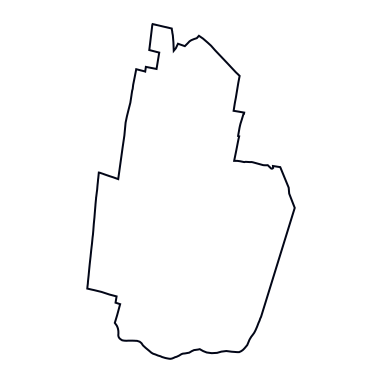 Atizapán, México, Mexico, rotated 271°
{"feature_id": "50627088B90969886119544", "entity_name": "Atizapán", "entity_type": "district", "adm_level": 2, "iso_a3": "MEX", "parent_name": "Mexico", "parent_adm1": "México", "projection": "albers", "projection_center": [-99.501, 19.175], "detail": "fine", "context": "isolated", "style": "outline", "palette": "ink", "viewbox_px": 384, "rotation_deg": 271, "n_neighbors": 0, "source": "geoboundaries", "source_scale": "gbopen_adm2", "svg_char_len": 2518}
<svg xmlns="http://www.w3.org/2000/svg" viewBox="0 0 384 384"><g transform="rotate(271 192 192)"><path d="M322.8,223.7L334.2,212.5L338.6,208.5L341.6,205.1L345.6,200.3L348.3,196.2L345.9,194.1L345.0,191.5L343.8,188.7L342.6,186.9L340.4,184.9L337.7,182.3L340.0,175.4L335.4,173.3L332.9,171.3L341.4,170.8L348.3,170.1L351.2,169.5L351.7,169.5L353.6,169.1L355.1,168.9L359.2,149.7L358.4,149.4L336.9,147.2L333.2,146.8L330.8,156.8L314.4,154.4L316.3,143.7L311.6,143.1L311.8,142.5L313.8,134.1L305.8,132.7L298.1,131.3L294.1,130.9L292.2,130.4L288.5,129.9L287.6,129.8L280.2,128.8L272.6,127.0L266.5,125.6L260.2,124.4L247.3,123.4L234.9,121.8L226.6,120.8L217.6,119.7L203.6,118.0L205.3,113.0L206.5,109.0L209.7,99.3L209.8,98.5L203.8,98.0L203.3,97.9L200.3,97.7L196.9,97.4L192.4,97.1L190.8,96.9L185.2,96.3L184.7,96.2L184.0,96.2L177.7,95.7L177.3,95.7L171.3,95.3L164.8,94.9L158.7,94.4L151.8,94.0L147.5,93.7L144.9,93.4L138.6,92.9L132.6,92.3L125.6,91.7L119.2,91.1L113.3,90.6L106.7,90.1L102.3,89.7L99.9,89.5L99.2,89.5L97.0,89.3L96.4,89.2L93.6,89.0L92.5,94.2L92.3,95.3L90.5,103.3L88.0,111.4L86.3,118.4L80.0,117.5L78.6,122.1L67.5,119.3L60.1,117.2L59.8,117.1L58.3,118.2L57.1,119.1L55.4,119.9L53.9,120.4L51.7,120.8L49.0,120.9L47.8,120.8L46.8,120.9L45.8,121.2L45.1,121.6L44.3,122.2L43.5,123.2L42.5,124.8L42.2,126.8L42.1,129.1L42.2,130.3L42.3,134.5L42.3,136.2L42.2,139.7L41.4,142.3L40.0,144.1L37.7,145.7L35.3,148.4L32.6,151.8L30.6,154.2L29.6,156.0L28.9,158.3L27.9,160.8L27.2,163.4L26.5,164.9L26.1,166.4L25.6,168.1L25.3,169.7L25.0,171.4L24.8,173.1L25.1,174.8L25.8,176.5L26.6,178.1L26.9,179.3L28.1,181.8L29.7,184.3L30.2,185.6L30.5,188.0L31.3,192.0L32.9,194.6L34.0,196.9L34.1,197.8L34.6,200.9L35.0,202.5L33.2,205.8L31.8,209.5L31.2,214.5L31.6,219.9L32.9,224.1L33.6,229.1L33.0,234.5L32.7,239.7L32.7,241.9L33.8,244.1L35.1,245.8L36.7,247.3L39.9,249.9L45.4,252.1L48.2,253.7L50.5,255.4L52.4,256.7L54.8,257.9L58.4,259.4L62.3,260.8L64.6,261.8L66.6,262.4L68.3,263.2L123.1,279.1L177.9,295.0L192.1,289.2L198.0,288.6L218.4,279.8L219.4,272.5L218.1,272.6L217.5,272.7L216.9,272.1L216.7,271.5L216.9,270.7L220.1,267.3L220.0,264.4L220.1,262.7L222.7,252.6L223.0,251.1L222.9,249.5L223.1,245.1L222.8,243.7L223.6,239.5L223.9,236.8L223.9,233.6L230.8,234.9L234.6,235.6L244.8,237.4L248.5,238.2L248.8,237.1L257.0,238.4L258.5,238.7L259.9,239.0L261.2,239.3L265.2,240.5L269.1,241.6L271.1,242.2L271.1,242.6L272.3,242.8L273.2,237.0L273.9,232.2L281.8,233.3L287.0,234.2L302.0,236.4L308.9,237.6L312.5,233.7L322.2,224.3L322.8,223.7Z" fill="none" stroke="#020617" stroke-width="2"/></g></svg>